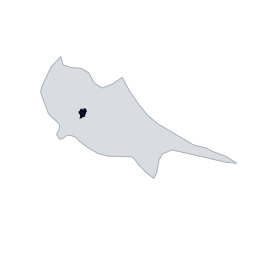 Pelendri, Limassol, Cyprus shown in context, rotated 49°
{"feature_id": "46923920B35219833977838", "entity_name": "Pelendri", "entity_type": "district", "adm_level": 2, "iso_a3": "CYP", "parent_name": "Cyprus", "parent_adm1": "Limassol", "projection": "orthographic", "projection_center": [32.957, 34.891], "detail": "fine", "context": "in_parent", "style": "filled", "palette": "ink", "viewbox_px": 256, "rotation_deg": 49, "n_neighbors": 0, "source": "geoboundaries", "source_scale": "gbopen_adm2", "svg_char_len": 2220}
<svg xmlns="http://www.w3.org/2000/svg" viewBox="0 0 256 256"><g transform="rotate(49 128 128)"><path d="M180.6,135.6L183.0,141.6L173.0,143.6L163.0,144.2L157.5,143.5L152.3,143.9L136.2,161.5L127.5,167.4L117.1,171.0L106.5,173.2L101.2,173.4L96.5,175.7L93.3,179.7L93.2,183.6L91.8,186.9L86.0,186.2L83.5,179.9L79.4,177.1L69.1,178.5L64.1,178.3L47.7,172.2L42.7,169.7L39.6,164.5L31.3,145.7L30.0,131.9L37.8,135.5L45.2,131.2L52.3,124.2L60.7,121.4L66.0,122.6L71.2,123.9L80.6,121.6L84.6,111.2L86.0,99.2L101.8,102.7L117.9,104.4L131.0,104.9L144.0,102.9L183.5,89.8L194.7,82.0L201.6,79.3L213.5,72.8L226.0,69.1L218.1,76.5L173.2,109.3L170.3,118.9L172.4,125.5L178.9,133.5L180.6,135.6Z" fill="#d9dde1" stroke="#a8b0b8" stroke-width="1"/><path d="M84.7,150.7L84.4,150.8L84.2,150.8L83.9,150.9L83.5,151.0L83.3,151.1L83.4,151.6L83.5,152.0L84.0,152.7L84.1,152.9L84.2,153.1L84.1,153.4L84.3,153.5L84.5,153.8L84.4,154.0L84.2,154.2L84.1,154.3L84.7,154.8L84.8,154.8L84.9,154.7L85.0,154.6L85.3,154.7L85.5,154.7L85.8,154.7L86.0,154.7L86.3,154.7L86.4,154.8L86.5,154.9L86.8,155.0L87.0,155.1L87.3,155.2L87.3,155.3L87.6,155.4L87.8,155.4L87.9,155.6L88.0,155.8L88.2,156.0L88.5,156.0L88.9,156.3L89.0,156.4L89.0,156.6L89.0,156.8L89.1,157.0L89.2,156.8L89.3,156.7L89.4,156.4L89.4,156.2L89.5,156.0L89.5,155.9L89.4,155.6L89.2,155.5L89.3,155.3L89.3,155.1L89.4,154.9L89.4,154.7L89.5,154.6L89.5,154.4L89.5,154.2L89.6,153.9L89.8,153.9L89.8,153.7L89.7,153.5L89.6,153.4L89.8,153.3L89.7,153.2L89.8,153.1L89.7,153.1L89.4,153.1L89.4,152.7L89.2,152.5L89.2,152.3L89.2,152.2L89.2,151.8L89.2,151.7L89.0,151.4L89.0,151.2L88.9,151.1L88.9,150.8L88.9,150.7L89.0,150.7L88.8,150.6L88.7,150.5L88.4,150.5L88.3,150.4L88.2,150.4L88.1,150.2L88.0,149.8L88.0,149.7L87.9,149.5L87.9,149.3L87.9,149.0L88.0,148.9L87.9,148.7L87.6,148.6L87.4,148.7L87.2,148.7L86.9,148.6L86.8,148.4L86.7,148.3L86.6,148.1L86.4,148.1L86.1,148.2L85.9,148.3L85.8,148.2L85.7,148.2L85.6,148.3L85.5,148.2L85.4,148.3L85.5,148.3L85.5,148.5L85.4,148.7L85.5,149.1L85.5,149.3L85.5,149.6L85.7,149.8L85.8,149.9L86.0,150.1L86.1,150.4L86.1,150.5L86.2,150.8L86.1,151.0L86.0,151.3L86.1,151.5L85.8,151.5L85.7,151.4L85.2,151.3L85.0,151.2L84.9,151.1L84.8,150.9L84.7,150.7Z" fill="#0f172a" stroke="#020617" stroke-width="1.5"/></g></svg>